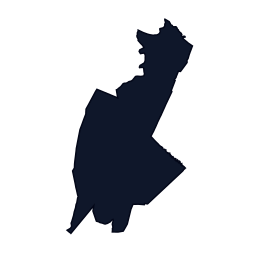 Soyaló, Chiapas, Mexico (Natural Earth projection), rotated 260°
{"feature_id": "50627088B85060980451015", "entity_name": "Soyaló", "entity_type": "district", "adm_level": 2, "iso_a3": "MEX", "parent_name": "Mexico", "parent_adm1": "Chiapas", "projection": "natural_earth1", "projection_center": [-92.974, 16.925], "detail": "fine", "context": "isolated", "style": "filled", "palette": "ink", "viewbox_px": 256, "rotation_deg": 260, "n_neighbors": 0, "source": "geoboundaries", "source_scale": "gbopen_adm2", "svg_char_len": 5504}
<svg xmlns="http://www.w3.org/2000/svg" viewBox="0 0 256 256"><g transform="rotate(260 128 128)"><path d="M182.2,197.5L182.9,197.6L183.4,197.7L184.0,197.8L184.6,197.8L185.0,198.2L185.4,198.7L185.9,199.1L186.4,199.4L187.0,199.7L187.5,199.9L190.3,201.3L190.5,201.5L191.0,201.7L191.4,202.0L191.8,202.2L192.2,202.4L192.6,202.7L193.0,202.9L193.4,203.2L193.8,203.4L194.1,203.6L194.5,203.8L194.9,204.1L195.2,204.2L195.4,204.3L195.6,204.5L195.8,204.6L196.1,204.7L196.3,204.9L196.5,205.0L197.0,205.3L197.3,205.5L197.6,205.7L199.1,204.2L201.1,202.1L202.5,201.0L206.8,197.3L207.2,198.0L207.5,198.7L207.6,198.9L207.7,199.5L207.7,200.0L208.2,200.0L208.6,199.4L208.7,198.3L208.6,197.8L208.7,197.2L208.9,196.8L209.6,196.4L210.0,196.6L210.6,197.2L211.7,196.9L212.1,196.8L212.7,196.2L213.0,195.9L213.8,195.4L214.9,194.6L215.8,194.6L216.3,194.1L217.1,193.7L218.0,193.6L219.4,192.8L219.6,191.3L219.7,190.4L219.9,190.0L220.5,189.5L221.0,189.4L221.4,189.2L221.8,188.6L222.4,187.9L223.4,187.8L225.6,187.0L228.7,183.3L228.1,183.0L227.0,183.2L226.0,183.2L224.8,183.2L224.0,182.3L222.9,182.2L221.5,181.6L220.5,179.8L220.3,176.7L219.7,176.5L218.8,176.5L217.6,176.6L216.5,176.1L215.5,175.2L214.8,173.6L214.6,172.2L214.9,170.7L214.9,168.9L216.0,165.8L217.0,163.6L219.3,159.6L222.6,155.0L221.6,154.8L221.3,154.6L220.8,154.2L220.2,153.8L219.2,153.6L218.1,153.4L217.9,153.3L217.7,153.2L217.5,152.9L217.1,152.8L216.6,152.8L216.2,152.7L215.1,153.1L213.6,153.5L212.7,153.2L212.4,153.2L211.4,153.8L210.5,154.4L209.5,154.9L208.2,155.8L206.9,156.7L204.8,157.6L204.6,157.7L204.1,157.1L203.5,155.2L202.9,153.2L201.5,152.3L199.1,153.2L199.1,154.5L199.1,155.4L199.1,156.3L199.0,156.7L198.6,157.0L198.2,157.2L197.7,157.6L196.7,157.6L195.6,157.5L194.4,157.2L192.5,156.9L191.4,156.6L190.8,156.3L190.3,156.1L190.0,155.8L189.4,155.3L189.0,154.9L188.9,154.6L188.7,154.1L188.6,153.6L188.5,153.3L188.4,153.1L188.2,152.7L188.0,152.4L187.9,151.9L187.8,151.5L187.7,151.2L187.5,150.8L187.3,150.6L187.0,150.4L186.6,150.2L186.3,150.0L186.2,149.9L185.9,149.8L185.7,149.8L185.4,149.9L185.4,150.2L185.4,150.6L185.4,151.3L185.3,151.9L185.1,152.7L185.0,153.2L184.8,153.5L184.5,153.7L184.2,153.8L183.7,153.8L183.3,153.8L182.0,153.7L181.2,153.6L180.5,153.6L179.8,153.6L179.0,153.7L178.6,153.6L178.2,153.6L177.7,153.3L177.3,153.0L176.7,152.8L176.4,152.2L176.5,151.3L176.5,149.7L176.9,148.1L177.3,146.6L177.5,144.9L177.3,144.2L176.3,143.1L175.3,141.9L174.6,141.2L173.7,139.6L173.6,138.5L173.5,137.0L172.8,135.4L172.5,134.3L172.5,133.2L172.7,132.0L172.4,130.8L171.9,130.3L171.0,129.3L169.9,128.0L169.1,126.4L168.6,125.4L167.8,124.3L167.6,123.2L159.4,123.1L171.5,104.1L169.6,102.4L166.5,100.0L162.7,97.0L159.4,94.4L158.1,93.4L155.9,91.6L153.9,90.0L150.9,89.3L149.0,88.9L144.9,86.4L139.3,83.2L134.8,80.5L126.0,77.1L122.1,75.6L118.1,74.1L117.2,73.7L114.3,72.9L109.3,71.4L105.5,70.2L102.0,69.2L97.9,68.3L95.3,66.0L85.4,66.3L81.9,66.4L78.4,66.4L75.8,66.6L70.8,66.8L69.1,67.1L67.9,66.3L62.9,64.5L61.9,63.7L58.5,62.5L54.6,60.5L51.4,59.3L45.0,56.1L44.6,55.8L44.2,55.5L43.4,55.5L42.7,55.5L41.9,55.5L41.2,55.4L40.4,55.1L40.0,54.7L39.1,53.7L37.9,50.3L35.7,52.1L34.4,53.4L34.2,53.5L57.5,80.8L52.3,79.1L41.8,80.7L41.6,81.0L41.2,81.9L40.8,82.7L40.4,83.3L39.8,83.9L39.5,84.6L39.0,85.8L38.6,86.7L38.1,87.4L37.6,88.3L37.4,89.4L37.7,90.3L37.6,90.7L37.8,91.6L38.2,92.6L38.7,94.2L39.4,95.1L40.4,96.5L40.6,97.4L40.4,97.5L39.6,97.5L39.1,97.3L38.7,97.1L37.8,96.6L36.7,96.1L35.7,95.8L35.1,95.8L34.7,96.1L34.4,96.0L33.2,95.9L32.8,96.1L32.5,95.9L32.0,95.4L31.4,95.1L31.1,95.2L30.7,95.2L30.4,95.0L30.0,94.9L29.8,95.0L28.8,94.6L28.4,94.5L28.3,95.1L27.9,97.1L27.3,100.2L27.3,102.3L27.3,105.4L28.1,106.1L31.1,108.6L33.6,110.6L47.4,116.7L52.0,119.6L51.2,124.9L49.7,130.7L50.8,131.1L49.9,134.1L76.2,174.4L76.4,174.6L76.7,175.0L77.3,175.4L77.5,175.8L77.8,176.2L77.9,176.6L78.2,176.7L78.6,177.5L79.4,176.9L80.0,176.6L80.7,175.9L80.9,175.4L81.3,175.4L81.5,174.6L81.9,174.7L82.0,174.3L82.2,174.5L82.4,174.6L82.7,174.2L82.8,174.7L83.0,174.7L82.9,174.6L83.2,174.5L83.2,174.2L83.4,174.1L83.5,174.1L83.7,173.8L83.9,173.9L84.5,173.1L84.8,172.2L86.0,173.1L85.7,173.3L86.0,173.3L86.3,172.9L86.0,173.0L85.8,172.6L85.9,172.1L85.9,171.5L85.7,171.0L86.0,171.3L86.2,170.8L87.7,171.0L87.3,170.3L87.2,169.8L87.3,169.8L87.6,169.6L88.3,168.9L88.4,169.0L89.0,169.9L89.3,169.6L89.6,169.4L89.8,168.9L89.7,168.4L90.0,168.1L90.6,167.6L91.1,166.6L91.6,167.4L92.0,167.2L92.0,166.7L91.9,166.2L92.2,165.9L92.9,165.9L93.1,165.3L93.3,165.5L93.6,165.2L94.3,164.7L94.4,164.8L94.6,164.7L94.7,164.9L95.1,164.5L95.3,164.4L95.3,164.6L95.7,164.7L96.0,164.7L96.2,162.8L96.7,162.9L96.9,162.4L98.4,161.1L99.3,161.3L99.7,161.5L100.2,160.6L100.6,160.4L100.8,159.6L101.0,159.2L101.2,158.9L101.4,158.8L101.5,158.7L102.7,157.9L102.9,158.4L103.8,157.6L104.0,157.1L105.4,155.9L106.3,155.3L106.9,155.0L107.2,154.8L107.6,154.5L108.0,154.2L108.7,153.7L110.1,152.7L111.6,151.7L112.9,150.9L113.5,150.5L114.0,150.2L114.9,149.6L115.8,149.0L117.5,150.4L117.7,150.5L117.8,150.6L118.1,150.8L118.4,151.0L119.2,151.7L119.9,152.2L120.1,152.4L120.7,152.8L120.8,152.8L121.0,153.0L121.7,153.5L121.9,153.6L124.7,155.6L127.0,157.1L127.7,157.6L128.9,158.3L129.1,158.5L129.4,158.7L131.2,160.0L132.6,161.0L132.9,161.2L134.1,162.1L135.0,162.8L135.4,163.1L135.6,163.2L136.7,163.9L138.1,164.9L138.4,165.1L138.6,165.2L139.4,165.7L139.6,165.9L142.4,167.8L144.7,169.3L144.8,169.4L156.2,177.5L157.4,177.1L164.9,181.6L166.6,182.6L167.3,181.8L169.4,184.0L170.3,184.4L175.2,187.5L174.6,189.5L178.0,193.1L182.2,197.5Z" fill="#0f172a" stroke="#020617" stroke-width="1.5"/></g></svg>